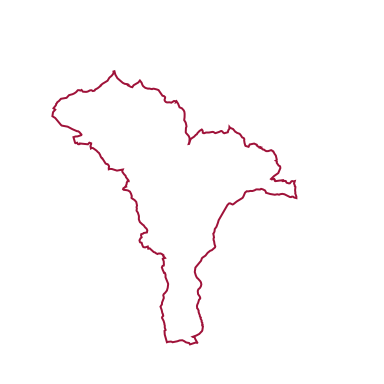 the district of Valisoara, Hunedoara, Romania, rotated 157°
{"feature_id": "2599482B24491913052778", "entity_name": "Valisoara", "entity_type": "district", "adm_level": 2, "iso_a3": "ROU", "parent_name": "Romania", "parent_adm1": "Hunedoara", "projection": "mercator", "projection_center": [22.814, 46.034], "detail": "fine", "context": "isolated", "style": "outline", "palette": "rose", "viewbox_px": 384, "rotation_deg": 157, "n_neighbors": 0, "source": "geoboundaries", "source_scale": "gbopen_adm2", "svg_char_len": 6080}
<svg xmlns="http://www.w3.org/2000/svg" viewBox="0 0 384 384"><g transform="rotate(157 192 192)"><path d="M171.0,282.8L171.1,280.9L171.5,280.9L171.3,281.1L171.8,282.0L173.0,282.8L176.1,282.3L177.4,283.2L180.1,284.3L181.0,285.2L181.4,286.6L181.3,287.5L180.0,289.1L179.7,289.8L180.3,291.2L181.6,292.2L183.0,298.9L184.4,300.2L186.8,302.0L187.5,302.3L188.6,302.3L191.2,304.1L192.0,304.2L194.3,306.1L195.6,308.5L195.8,310.1L195.7,312.4L196.4,315.0L198.6,313.8L204.0,313.1L206.0,311.8L207.2,312.7L209.3,315.2L208.6,315.7L209.2,316.4L211.7,317.9L213.1,319.6L216.2,325.9L216.7,330.0L216.2,333.5L217.2,333.6L217.3,332.9L218.5,331.5L220.5,330.4L223.4,329.5L226.3,327.4L232.0,326.6L234.3,325.9L234.2,325.6L234.6,325.4L238.3,324.4L241.2,324.1L241.8,323.5L242.5,323.4L243.9,323.7L244.7,324.9L246.1,325.4L248.8,325.2L250.3,325.5L252.9,326.8L253.3,327.1L253.8,329.1L255.1,329.0L256.2,329.9L257.4,330.3L259.4,329.3L261.6,328.8L263.7,328.7L267.3,329.2L270.7,327.7L276.2,329.0L278.8,327.8L281.1,327.2L281.8,326.5L282.6,326.2L283.0,325.4L283.8,324.8L286.8,323.2L285.7,321.2L288.4,320.0L289.1,319.2L290.9,316.3L289.0,313.6L286.4,304.9L285.9,304.0L280.9,300.7L277.5,296.5L274.1,292.9L273.1,292.4L272.3,291.2L271.3,288.1L271.7,287.6L275.6,287.9L277.5,288.6L279.7,288.8L280.4,282.9L280.2,282.5L278.4,282.2L278.4,280.9L278.0,280.4L276.8,280.0L276.3,280.5L269.2,276.6L267.2,277.5L265.8,276.2L266.2,275.4L267.2,274.4L267.7,273.4L267.5,273.2L268.0,271.6L267.0,271.7L265.9,271.0L263.8,267.5L263.0,265.4L262.4,264.4L262.1,262.1L262.2,260.4L262.0,259.0L261.7,258.1L261.4,258.1L260.4,251.9L259.0,250.5L258.8,250.5L258.3,248.9L258.4,247.8L259.3,246.6L259.7,245.4L258.5,245.3L256.8,244.5L252.7,241.0L246.9,239.7L248.0,238.6L248.2,237.6L247.6,234.9L246.8,232.9L247.0,231.5L245.9,227.3L246.1,226.7L247.1,227.2L248.4,226.1L249.1,224.8L250.1,223.9L250.4,222.7L251.3,222.9L251.4,222.6L253.6,222.3L254.4,221.5L254.0,220.7L251.4,219.2L250.2,218.3L249.0,216.6L248.8,214.1L249.0,212.2L249.0,211.8L250.0,210.3L250.0,210.0L248.0,207.0L247.2,204.7L247.9,201.0L249.0,199.7L249.2,198.4L250.3,196.6L250.3,196.0L249.9,194.3L250.2,191.0L250.5,190.0L251.6,187.7L251.7,186.0L251.7,184.6L250.2,181.3L249.5,180.2L249.0,177.8L248.2,176.1L248.1,174.2L249.3,172.4L252.4,173.1L253.4,172.8L255.2,173.0L255.9,171.9L256.1,169.9L257.5,169.5L259.2,168.1L259.5,166.4L259.3,165.8L258.2,165.0L258.5,162.0L258.3,160.3L256.8,159.3L254.0,159.1L254.4,156.9L253.0,156.7L250.7,151.7L249.6,150.7L249.1,149.7L248.0,148.4L247.1,148.5L244.9,147.7L243.5,146.0L243.1,145.2L243.5,145.1L243.4,143.6L243.2,143.6L242.6,141.8L245.0,142.0L245.1,141.7L245.1,139.2L246.3,136.0L246.8,135.3L247.9,135.5L249.2,134.4L249.4,131.2L249.2,129.2L249.3,129.0L249.2,128.9L249.3,128.4L248.6,128.1L248.6,127.3L248.7,126.1L249.7,123.9L249.8,117.1L250.0,116.4L251.8,113.3L253.6,111.1L256.1,109.7L257.8,109.1L258.6,108.4L258.9,107.9L259.0,106.7L259.4,105.4L262.8,101.9L263.6,100.3L265.8,98.8L266.0,95.3L266.6,92.2L266.5,90.9L266.8,90.2L266.7,89.8L266.9,89.2L268.1,88.7L268.8,87.9L268.5,84.5L268.8,81.8L269.1,81.0L269.2,79.8L270.1,77.7L270.2,75.3L271.6,74.9L272.8,71.4L273.8,63.5L272.5,63.4L270.2,62.7L269.2,62.1L268.6,61.3L263.7,60.3L261.4,60.2L258.8,59.3L257.4,57.7L256.4,56.1L254.9,54.9L254.0,54.4L253.6,54.0L253.4,52.5L247.7,52.0L246.5,51.5L245.9,50.4L246.5,55.8L246.3,57.2L246.8,57.8L247.6,58.0L247.9,58.4L244.3,58.2L240.8,58.5L237.1,60.1L236.5,60.7L234.4,64.1L234.8,65.0L234.0,65.7L234.0,66.0L234.3,66.3L233.6,67.7L233.9,68.8L233.3,69.9L233.6,72.0L232.9,73.0L233.4,74.2L232.9,75.8L233.0,76.8L232.8,79.1L232.3,79.9L232.3,82.0L232.7,82.8L232.0,85.1L231.0,86.4L229.8,87.4L227.6,90.1L226.1,90.7L225.8,91.3L225.7,92.8L226.3,95.6L225.5,98.3L225.1,99.0L224.2,99.9L222.0,100.7L220.6,101.8L219.5,103.3L219.1,105.2L219.2,106.5L220.3,109.8L221.0,111.3L221.1,113.6L220.7,117.3L218.4,121.1L210.5,125.2L209.3,126.6L208.3,127.4L204.4,128.2L201.4,129.9L198.2,130.8L196.5,130.7L192.5,132.0L191.8,132.9L191.7,135.0L190.9,138.1L190.9,139.4L190.2,141.0L189.5,141.5L188.7,145.3L187.7,145.9L186.7,146.9L185.5,149.0L183.1,150.4L180.1,153.6L178.5,155.6L164.4,166.2L162.4,167.0L161.4,166.7L159.6,164.7L158.8,164.6L154.5,165.8L148.4,166.7L147.6,166.9L146.4,167.8L143.4,170.7L141.4,171.3L139.7,170.5L137.9,170.2L136.0,169.3L133.7,169.1L132.1,169.3L131.3,169.1L128.4,167.7L127.2,167.9L125.8,166.8L124.2,164.9L124.0,163.3L124.2,162.4L120.8,159.6L116.8,157.1L114.4,156.6L112.9,155.5L111.6,155.5L109.6,155.0L107.8,153.8L103.8,149.1L102.8,148.6L101.9,148.7L100.9,148.3L100.1,147.0L98.3,145.6L97.7,147.1L97.5,150.4L97.1,151.0L96.4,153.4L94.8,156.3L95.1,157.1L94.8,157.8L94.8,159.8L93.1,161.9L94.5,162.1L95.3,162.8L96.2,163.0L98.5,161.8L99.3,162.0L101.2,163.5L101.4,163.9L101.4,165.4L101.9,165.8L104.3,166.6L104.3,166.9L103.8,167.4L104.6,167.7L105.2,167.6L106.2,168.1L111.0,169.4L111.3,169.7L111.4,170.2L111.0,170.8L111.2,171.9L113.8,172.5L114.2,173.1L110.3,174.6L105.2,175.7L101.4,179.4L101.0,180.5L101.0,181.5L101.9,182.4L102.6,185.8L102.0,186.8L102.1,187.6L102.5,188.1L101.7,188.2L101.3,188.7L100.6,192.8L101.1,194.9L101.3,197.7L101.8,197.9L102.3,199.1L102.8,199.6L106.0,199.9L107.7,200.6L108.8,202.1L109.3,203.0L110.1,203.4L110.9,204.9L110.7,205.7L111.7,205.8L111.6,206.6L112.7,206.7L112.8,207.6L113.4,208.0L114.0,209.1L114.2,209.6L113.9,210.2L115.9,212.3L120.3,213.2L122.3,211.5L124.7,213.5L124.8,213.9L124.5,216.5L123.8,219.2L123.2,220.2L123.3,221.4L124.5,222.7L125.0,225.6L125.5,227.0L127.5,228.9L128.0,229.8L128.6,230.5L129.6,233.9L131.8,236.2L132.1,237.3L133.0,235.5L134.4,234.7L135.7,233.0L139.4,233.5L140.0,234.3L140.5,235.9L140.9,236.5L141.4,236.8L143.6,236.7L147.3,237.0L147.7,237.2L148.8,238.8L149.6,239.3L153.1,240.1L156.0,241.3L157.5,241.3L158.5,241.7L158.9,242.3L158.3,244.1L158.4,245.2L158.6,245.7L161.1,245.3L163.9,244.1L165.1,243.2L166.2,243.1L168.4,242.1L172.1,241.4L173.1,240.7L175.9,237.4L176.3,237.5L174.9,239.1L173.4,242.0L173.1,243.3L173.2,245.1L174.4,248.6L174.4,249.5L172.5,253.4L171.5,254.4L171.1,255.9L170.7,258.4L171.1,261.2L169.6,263.8L168.3,266.7L167.7,268.7L167.7,270.3L168.6,273.0L170.4,274.8L170.3,278.7L171.0,282.8Z" fill="none" stroke="#9f1239" stroke-width="2"/></g></svg>